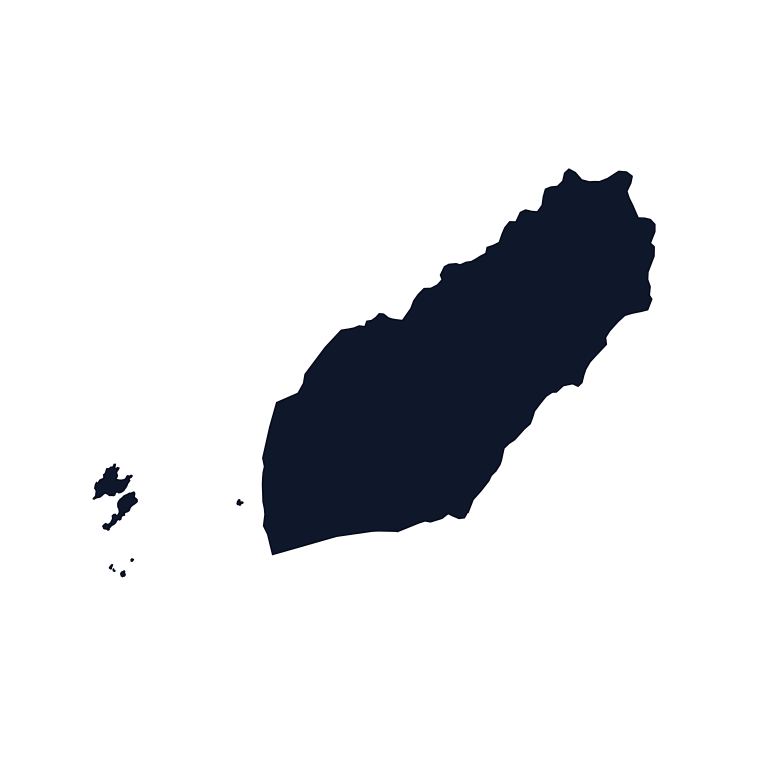 Besut, Terengganu, Malaysia (Equal Earth projection), rotated 222°
{"feature_id": "92858781B66748088999576", "entity_name": "Besut", "entity_type": "district", "adm_level": 2, "iso_a3": "MYS", "parent_name": "Malaysia", "parent_adm1": "Terengganu", "projection": "equal_earth", "projection_center": [102.644, 5.648], "detail": "fine", "context": "isolated", "style": "filled", "palette": "ink", "viewbox_px": 768, "rotation_deg": 222, "n_neighbors": 0, "source": "geoboundaries", "source_scale": "gbopen_adm2", "svg_char_len": 5732}
<svg xmlns="http://www.w3.org/2000/svg" viewBox="0 0 768 768"><g transform="rotate(222 384 384)"><path d="M275.3,283.3L265.4,303.7L262.0,309.7L257.2,312.7L251.0,323.1L249.7,330.7L245.3,331.9L238.3,334.3L234.8,338.4L236.1,344.2L235.6,344.8L240.5,357.7L240.5,363.6L240.5,369.5L241.4,382.4L243.1,387.7L242.7,394.2L244.0,401.8L245.8,405.9L251.9,416.5L251.4,423.5L249.7,430.0L249.7,435.9L249.7,444.7L248.8,452.3L251.4,458.8L254.1,464.6L254.9,473.5L255.4,483.4L253.6,490.5L250.6,493.4L249.7,502.8L244.0,510.5L238.3,512.2L237.9,517.5L241.4,524.0L244.0,529.9L245.7,538.1L245.7,545.7L245.3,562.2L250.6,566.9L251.9,574.5L251.9,586.8L251.0,596.2L247.0,602.7L241.3,610.4L237.8,615.6L241.8,626.2L246.2,627.4L251.4,634.4L258.0,638.0L262.8,643.8L268.9,659.7L275.1,666.8L280.3,666.8L282.8,673.4L284.7,678.5L289.5,683.8L296.1,684.4L301.4,681.5L306.2,677.4L318.9,683.2L326.4,686.2L332.5,689.7L335.1,698.5L338.6,704.4L345.6,703.8L351.8,699.1L355.3,686.2L359.2,678.5L363.2,675.0L366.7,671.5L373.7,667.9L383.3,669.1L390.3,667.4L390.8,661.5L386.8,654.4L387.3,646.8L391.7,642.1L394.3,636.8L390.8,629.7L386.0,622.7L385.1,614.5L389.9,610.9L395.2,608.0L397.4,602.7L394.3,592.7L399.1,588.6L398.7,581.0L396.5,574.5L393.0,566.3L395.6,559.8L398.7,554.5L397.1,551.9L395.6,549.2L397.8,543.4L399.1,538.7L400.9,533.4L404.4,529.3L407.0,523.4L410.9,521.6L415.8,516.3L417.5,511.6L414.9,502.8L410.5,500.5L410.5,493.4L413.1,486.4L418.0,481.7L418.4,473.5L417.5,465.8L414.5,458.2L412.7,443.5L418.5,439.4L421.6,437.5L424.9,436.0L431.1,435.6L434.5,433.0L434.5,428.1L435.6,422.9L438.7,419.1L436.4,413.8L441.2,410.6L443.8,405.3L446.9,401.2L451.7,395.3L452.1,371.8L449.1,338.4L444.2,330.7L441.6,319.6L451.3,298.4L440.3,276.1L424.5,247.9L417.5,242.7L414.5,237.4L410.9,232.7L407.0,228.0L399.1,219.8L395.2,215.7L389.5,211.5L385.1,207.4L378.5,198.0L369.8,194.5L352.7,182.8L317.6,238.9L294.4,266.7L290.1,271.0L276.2,283.0L275.3,283.3ZM532.4,133.4L531.6,132.4L531.3,130.6L531.5,128.8L530.5,128.1L529.2,126.7L529.5,125.1L530.4,123.7L530.8,122.1L530.5,120.7L530.0,119.2L530.9,118.4L531.6,118.4L531.1,116.2L530.3,115.0L529.2,113.0L528.0,112.8L526.7,112.3L525.6,111.3L524.7,109.8L523.8,108.8L523.1,107.2L523.4,105.6L523.2,104.3L522.5,104.5L521.9,106.5L520.9,108.1L519.9,109.3L519.3,110.5L519.1,112.0L518.9,114.3L518.6,115.7L518.2,116.6L516.6,117.1L515.8,117.3L513.7,117.5L512.8,118.0L511.7,119.4L510.5,119.9L509.9,121.4L510.7,122.8L510.7,125.1L509.9,125.6L508.5,125.6L507.2,127.2L506.6,129.0L506.2,130.6L506.6,132.6L506.6,134.2L507.3,137.0L507.9,138.2L508.1,139.5L508.4,142.0L509.7,142.3L510.1,143.6L509.9,144.8L509.5,145.7L509.7,147.1L510.8,146.9L511.2,145.5L511.6,144.8L513.0,144.4L513.2,143.2L512.6,141.4L512.6,140.0L513.4,138.4L514.9,136.6L516.6,135.2L518.3,134.3L519.5,134.2L520.2,134.7L520.3,136.5L521.0,137.7L522.7,138.4L523.8,139.5L524.2,141.1L524.3,142.7L524.8,144.1L525.9,143.7L526.3,142.1L527.5,141.4L528.8,141.8L528.9,143.0L529.9,144.4L530.7,143.7L530.0,141.6L530.0,140.2L531.3,139.5L531.6,137.0L532.5,136.1L533.2,135.6L532.4,133.4ZM497.5,105.9L497.5,104.0L496.3,103.3L495.4,102.2L494.8,100.1L494.2,97.9L494.5,96.5L494.8,94.7L496.0,94.4L497.4,94.0L497.8,91.9L497.7,90.1L496.6,89.9L495.6,89.2L494.2,89.8L493.6,90.5L492.5,90.8L491.4,90.8L490.9,91.9L491.8,92.6L491.8,94.6L491.8,96.3L491.2,98.3L490.8,99.2L490.7,101.5L491.2,103.1L491.3,104.7L490.9,105.9L489.6,106.1L489.2,107.5L490.0,108.6L490.4,109.8L490.4,111.4L489.2,112.8L490.5,114.1L490.8,114.1L490.0,116.4L489.2,117.5L488.8,119.4L489.7,121.5L490.1,123.7L489.6,126.7L489.2,127.9L488.9,129.9L488.8,131.5L489.9,132.6L490.9,132.9L492.4,132.7L493.8,132.7L494.9,134.0L496.1,135.9L497.5,136.3L498.3,134.7L499.0,133.3L500.1,132.4L500.7,130.4L501.5,128.6L502.3,126.7L502.3,124.4L502.8,121.7L502.6,119.1L501.8,117.1L500.3,115.5L499.4,114.6L498.3,114.4L496.4,113.2L494.8,111.6L494.0,109.3L494.4,107.3L495.4,107.0L496.5,107.3L497.5,105.9ZM450.8,65.7L450.6,65.8L450.2,65.8L449.8,65.8L449.6,65.8L449.4,66.1L449.3,66.5L449.0,67.0L448.7,67.2L448.6,67.4L448.5,67.8L448.5,68.2L448.6,68.7L448.8,69.1L449.4,69.4L449.9,69.6L450.4,69.8L450.6,70.1L451.0,70.4L451.2,70.9L451.5,71.2L451.9,71.3L452.1,71.1L452.0,70.5L452.1,70.0L452.5,69.6L452.9,69.2L452.9,68.5L452.8,67.8L452.9,67.3L452.7,67.0L451.9,66.3L451.6,66.3L451.1,66.0L450.8,65.7ZM414.3,199.7L413.9,198.3L413.1,196.9L412.8,196.7L412.5,196.7L412.2,196.6L411.9,196.7L411.7,196.8L411.5,197.1L411.2,197.3L410.9,197.4L410.5,197.5L410.3,197.5L410.1,197.5L409.9,197.7L409.9,198.1L410.1,198.3L410.3,198.5L410.4,198.9L410.3,199.1L410.0,199.7L409.8,200.0L409.7,200.3L409.6,200.5L409.5,200.8L409.4,201.0L409.4,201.3L409.6,201.5L409.8,201.5L410.1,201.5L410.4,201.4L410.7,201.1L410.9,200.9L411.2,200.5L411.3,200.2L411.6,200.1L412.1,200.1L412.3,200.2L412.7,200.4L413.0,200.7L413.3,201.0L413.5,201.2L413.9,201.2L414.1,201.0L414.3,200.8L414.4,200.3L414.3,199.7ZM465.2,67.3L465.4,67.2L465.4,66.9L465.2,66.6L465.2,66.3L465.3,65.8L465.4,65.4L465.3,65.1L465.2,64.8L465.1,64.5L465.1,64.2L465.0,63.7L464.6,63.6L464.3,63.6L463.8,63.8L463.5,63.8L463.2,63.9L463.2,64.4L463.4,64.5L463.6,64.8L463.9,65.1L464.1,65.5L464.0,65.9L464.0,66.2L464.3,66.5L464.4,66.8L464.5,67.3L464.7,67.8L465.0,67.8L465.2,67.3ZM453.4,84.6L453.4,84.3L453.3,84.2L453.1,84.1L453.1,83.9L453.2,83.6L453.2,83.4L452.8,83.5L452.7,83.6L452.7,83.9L452.8,84.1L452.7,84.2L452.6,84.3L452.6,84.5L452.7,85.5L452.8,85.8L453.0,85.8L453.2,85.7L453.3,85.7L453.5,85.6L453.8,85.5L454.0,85.5L454.3,85.3L454.3,85.1L454.2,85.0L454.3,84.8L454.4,84.6L454.3,84.3L454.2,84.4L454.1,84.5L453.9,84.6L453.7,84.7L453.4,84.6ZM460.2,64.2L459.7,64.3L459.4,64.3L459.2,64.3L458.9,64.7L458.9,65.0L459.3,65.0L459.6,64.9L460.0,64.9L460.3,65.1L460.9,65.4L461.2,65.4L461.1,64.9L460.9,64.7L460.7,64.7L460.4,64.4L460.2,64.2Z" fill="#0f172a" stroke="#020617" stroke-width="1.5"/></g></svg>